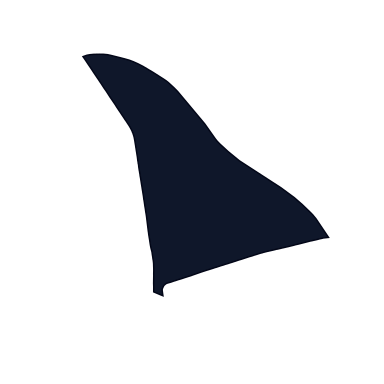 outline of Bang Phlat, Bangkok Metropolis, Thailand, rotated 287°
{"feature_id": "78962969B20944383607062", "entity_name": "Bang Phlat", "entity_type": "district", "adm_level": 2, "iso_a3": "THA", "parent_name": "Thailand", "parent_adm1": "Bangkok Metropolis", "projection": "equal_earth", "projection_center": [100.489, 13.788], "detail": "fine", "context": "isolated", "style": "filled", "palette": "ink", "viewbox_px": 384, "rotation_deg": 287, "n_neighbors": 0, "source": "geoboundaries", "source_scale": "gbopen_adm2", "svg_char_len": 3332}
<svg xmlns="http://www.w3.org/2000/svg" viewBox="0 0 384 384"><g transform="rotate(287 192 192)"><path d="M85.3,184.6L84.5,192.2L84.3,194.5L86.2,193.6L88.4,192.6L89.1,192.3L89.7,192.0L90.0,192.0L90.4,191.9L90.6,191.9L90.9,191.9L91.8,192.0L92.6,192.1L94.4,192.4L95.8,193.3L96.2,193.5L96.7,193.9L96.9,194.1L97.1,194.3L97.3,194.6L97.5,194.8L97.8,195.2L99.7,198.2L100.0,198.6L100.6,199.4L101.5,200.6L102.4,202.0L103.2,203.1L104.2,204.5L104.9,205.6L105.7,206.8L106.6,208.1L107.7,209.6L108.6,210.9L109.5,212.2L110.4,213.5L111.8,215.6L112.1,215.9L117.9,223.8L118.2,224.2L118.6,224.8L119.2,225.6L120.3,227.2L121.7,229.2L122.2,230.0L123.1,231.3L124.0,232.6L124.6,233.5L125.6,234.9L126.4,236.0L127.3,237.4L128.3,238.8L129.0,239.8L129.8,240.9L131.0,242.7L131.5,243.5L132.5,244.8L134.1,247.3L135.2,248.8L136.4,250.6L137.9,252.7L138.7,253.9L139.8,255.4L140.6,256.5L141.3,257.6L141.9,258.5L143.0,260.1L143.8,261.2L144.7,262.5L145.9,264.2L147.1,265.9L147.9,267.2L148.9,268.7L149.7,269.7L150.6,271.1L150.8,271.4L153.1,274.7L153.7,275.6L154.3,276.7L155.1,277.8L155.7,278.8L156.3,279.8L157.1,281.1L158.0,282.7L159.3,285.0L160.0,286.2L160.7,287.4L161.3,288.4L161.6,288.9L161.8,289.1L162.1,289.7L162.5,290.6L162.9,291.3L163.9,293.0L164.7,294.3L165.7,296.1L167.0,298.3L168.0,300.1L169.4,302.4L170.4,304.1L170.7,304.6L171.8,306.3L172.1,306.8L172.6,307.7L173.4,309.1L178.9,318.1L179.6,319.2L180.6,321.1L181.6,322.8L182.2,323.9L183.2,325.6L184.7,328.0L185.5,329.5L186.4,330.9L188.5,335.8L202.7,318.3L204.6,315.4L205.3,314.4L206.8,311.7L212.1,301.3L216.5,291.5L219.0,284.4L222.1,275.6L225.2,264.7L235.7,228.1L241.3,214.5L244.2,208.5L246.0,204.7L248.0,201.1L248.9,199.8L249.5,198.9L260.9,184.2L283.9,148.9L286.5,144.1L289.8,137.2L290.8,134.6L291.8,131.3L292.4,129.1L294.8,120.5L296.7,112.8L297.8,108.3L298.8,102.7L299.4,97.9L299.7,93.5L299.6,88.7L299.4,84.0L299.1,78.3L298.9,74.5L298.6,71.0L297.8,67.1L296.7,63.3L294.9,57.8L293.5,54.4L292.1,51.6L289.6,48.2L288.8,49.2L288.2,50.0L287.8,50.5L286.1,52.6L283.7,55.5L282.5,57.0L280.0,60.1L277.4,63.2L275.3,65.8L273.6,67.9L272.8,68.9L272.1,69.8L270.5,71.7L269.4,73.1L267.3,75.6L265.3,78.0L263.7,80.1L262.2,81.9L260.5,83.9L258.7,86.0L257.3,87.8L255.2,90.4L253.2,92.9L251.2,95.2L249.4,97.4L248.5,98.5L246.9,100.5L245.4,102.3L243.3,104.9L241.7,106.8L240.4,108.5L238.7,110.5L237.5,112.0L236.7,112.9L235.5,114.2L234.6,115.1L233.1,116.6L231.9,117.5L231.0,118.3L230.5,118.7L229.8,119.1L228.9,119.8L228.6,120.0L228.2,120.2L227.6,120.6L226.5,121.2L224.4,122.3L222.5,123.2L219.9,124.5L218.6,125.1L217.0,125.9L215.5,126.6L213.1,127.8L211.2,128.7L209.6,129.5L207.8,130.3L206.2,131.0L204.9,131.7L203.7,132.2L202.3,133.0L201.0,133.5L199.1,134.4L197.4,135.2L196.5,135.7L195.2,136.3L193.9,137.0L192.5,137.6L189.8,139.0L188.3,139.7L184.6,141.5L182.4,142.6L180.3,143.6L177.9,144.8L175.4,146.0L174.0,146.7L171.8,147.7L170.7,148.2L169.6,148.8L167.9,149.6L164.9,151.0L162.1,152.4L159.7,153.5L156.9,154.9L155.2,155.7L142.6,161.3L142.1,161.5L140.7,162.2L139.1,162.9L136.2,164.3L134.2,165.3L131.9,166.4L130.2,167.2L128.6,168.0L127.3,168.7L126.2,169.3L124.9,170.1L123.3,171.1L122.3,171.6L120.5,172.4L118.1,173.6L116.5,174.3L115.2,175.0L113.6,175.7L112.1,176.3L110.0,177.0L108.3,177.6L105.8,178.4L102.6,179.3L100.8,179.9L98.7,180.5L96.6,181.1L93.5,182.0L90.3,183.1L85.3,184.6Z" fill="#0f172a" stroke="#020617" stroke-width="1.5"/></g></svg>